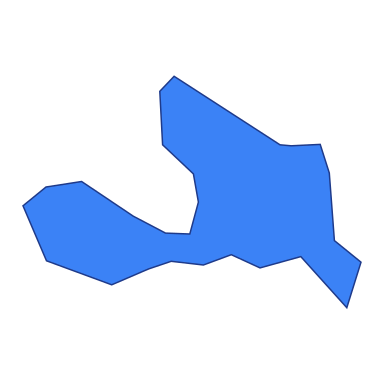 Aravan, Osh, Kyrgyzstan (Equal Earth projection)
{"feature_id": "92254566B45437421976043", "entity_name": "Aravan", "entity_type": "district", "adm_level": 2, "iso_a3": "KGZ", "parent_name": "Kyrgyzstan", "parent_adm1": "Osh", "projection": "equal_earth", "projection_center": [72.448, 40.46], "detail": "fine", "context": "isolated", "style": "filled", "palette": "blue", "viewbox_px": 384, "rotation_deg": 0, "n_neighbors": 0, "source": "geoboundaries", "source_scale": "gbopen_adm2", "svg_char_len": 462}
<svg xmlns="http://www.w3.org/2000/svg" viewBox="0 0 384 384"><path d="M320.2,144.4L291.2,145.8L280.0,144.8L174.1,76.3L159.8,91.3L162.6,144.8L193.4,173.9L198.4,202.1L189.8,234.0L165.5,233.1L133.3,216.2L81.6,181.5L46.0,187.0L23.0,205.8L46.5,260.8L111.7,284.8L142.6,271.5L149.0,268.8L171.2,261.3L203.4,265.0L231.3,254.7L260.0,267.9L300.8,256.6L346.8,307.7L361.0,262.2L334.4,240.6L329.3,173.0L320.2,144.4Z" fill="#3b82f6" stroke="#1e3a8a" stroke-width="1.5"/></svg>